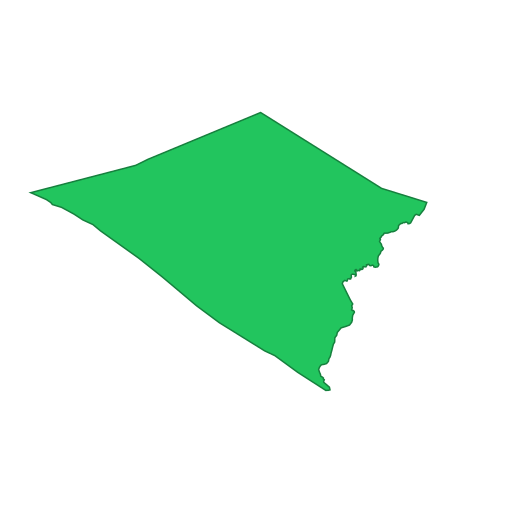 Matagorda, Texas, United States of America (Natural Earth projection), rotated 65°
{"feature_id": "52423323B77931792505034", "entity_name": "Matagorda", "entity_type": "district", "adm_level": 2, "iso_a3": "USA", "parent_name": "United States of America", "parent_adm1": "Texas", "projection": "natural_earth1", "projection_center": [-95.78, 28.81], "detail": "fine", "context": "isolated", "style": "filled", "palette": "green", "viewbox_px": 512, "rotation_deg": 65, "n_neighbors": 0, "source": "geoboundaries", "source_scale": "gbopen_adm2", "svg_char_len": 2697}
<svg xmlns="http://www.w3.org/2000/svg" viewBox="0 0 512 512"><g transform="rotate(65 256 256)"><path d="M122.7,312.9L123.0,326.7L103.4,433.4L116.3,422.1L120.8,419.4L123.3,418.8L129.7,411.7L141.2,403.2L150.1,397.7L158.6,390.5L167.7,386.2L208.4,363.2L235.3,349.8L276.0,330.9L301.0,317.4L345.7,288.2L354.3,281.0L379.0,267.4L407.4,249.5L407.6,248.8L408.3,247.2L408.6,245.5L405.9,244.9L399.1,248.0L397.9,247.5L397.4,246.8L397.0,246.4L396.5,246.7L395.9,247.0L395.1,246.5L394.0,246.9L392.3,248.1L390.4,247.6L388.8,247.6L386.9,247.4L385.1,247.1L383.2,244.9L382.2,242.7L382.9,240.3L383.1,239.0L383.3,237.5L382.1,234.9L379.8,233.2L379.0,231.8L377.5,230.3L375.7,229.0L373.4,227.0L371.1,225.2L368.6,223.1L367.3,221.1L365.6,220.2L363.4,219.1L362.0,216.4L359.6,214.6L357.1,209.2L357.8,204.3L358.1,200.4L356.5,197.3L354.7,195.7L353.0,195.0L350.6,193.4L349.5,191.9L348.7,190.7L347.8,190.4L346.6,190.8L346.2,191.7L345.3,192.1L344.9,191.6L343.9,191.0L343.2,190.5L342.0,190.4L341.3,190.2L340.9,189.2L340.3,188.6L339.6,188.7L338.8,188.8L335.5,189.1L331.4,189.2L327.2,189.3L317.6,189.5L316.2,188.2L315.6,185.9L316.7,184.7L317.0,184.5L317.1,183.8L316.4,183.3L315.7,182.8L315.7,182.0L315.9,181.2L316.1,180.6L316.2,180.8L316.7,180.6L316.7,179.7L316.1,179.3L315.5,178.4L314.2,178.1L313.3,177.5L313.1,176.4L314.3,174.7L314.8,173.9L315.4,173.9L316.2,174.5L316.2,173.7L315.2,173.1L313.4,172.5L312.5,172.3L311.7,172.7L310.8,172.5L310.5,171.6L310.5,171.0L311.2,170.7L311.1,170.9L311.4,171.4L311.9,171.3L312.4,170.1L312.5,168.5L313.0,168.3L312.5,167.4L311.8,167.1L312.1,166.3L312.7,166.2L313.0,165.3L312.7,164.4L311.6,163.8L311.2,164.0L310.9,163.2L311.2,162.7L311.8,162.0L312.3,161.0L312.0,160.7L311.5,159.6L310.7,159.5L310.9,158.6L310.9,158.0L311.2,157.3L311.9,157.3L312.9,156.8L313.4,155.9L313.4,155.1L313.6,154.0L314.8,153.5L315.6,153.8L316.6,152.7L316.9,151.5L317.2,150.4L316.8,149.5L315.8,148.3L314.9,148.1L313.7,148.3L311.4,147.5L309.3,146.4L308.3,145.6L307.5,144.9L307.1,144.0L306.5,142.8L305.8,141.8L304.9,141.2L304.4,140.4L304.1,139.0L303.4,137.7L302.7,137.3L301.4,137.7L299.6,137.7L298.4,137.4L296.0,137.8L295.0,137.9L294.3,137.1L293.9,136.4L293.2,136.1L292.7,136.5L292.0,135.7L291.7,134.4L291.1,134.1L290.8,133.3L290.9,132.8L290.2,131.0L289.6,130.6L289.6,129.7L290.2,128.7L290.6,127.5L291.0,126.8L290.9,126.0L291.2,124.8L291.1,123.3L291.9,121.5L292.1,119.7L291.9,117.8L291.4,116.4L290.9,115.4L290.0,114.7L288.6,113.9L288.2,112.4L287.7,111.2L288.2,110.0L287.9,108.5L288.6,107.2L288.5,105.8L289.0,105.2L290.1,104.4L291.0,104.6L291.3,103.9L291.5,103.0L291.3,101.8L286.3,95.1L285.9,93.2L288.2,90.8L284.7,83.9L279.6,78.6L247.8,113.6L127.9,191.2L122.7,312.9Z" fill="#22c55e" stroke="#15803d" stroke-width="1.5"/></g></svg>